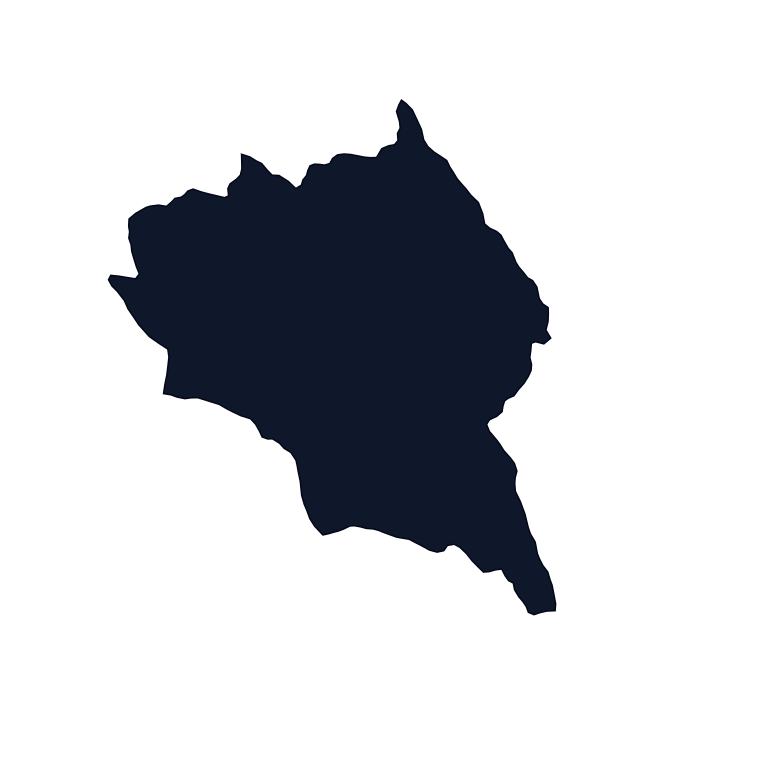 the district of Campos Novos Paulista, São Paulo, Brazil, rotated 324°
{"feature_id": "56859067B51677967668547", "entity_name": "Campos Novos Paulista", "entity_type": "district", "adm_level": 2, "iso_a3": "BRA", "parent_name": "Brazil", "parent_adm1": "São Paulo", "projection": "equal_earth", "projection_center": [-50.01, -22.637], "detail": "fine", "context": "isolated", "style": "filled", "palette": "ink", "viewbox_px": 768, "rotation_deg": 324, "n_neighbors": 0, "source": "geoboundaries", "source_scale": "gbopen_adm2", "svg_char_len": 3051}
<svg xmlns="http://www.w3.org/2000/svg" viewBox="0 0 768 768"><g transform="rotate(324 384 384)"><path d="M299.4,102.7L295.2,101.3L289.8,100.7L283.4,100.0L274.8,100.6L270.1,106.4L267.7,111.3L263.3,116.0L261.3,122.6L257.9,128.5L255.1,136.3L252.6,143.7L250.8,151.1L244.8,152.9L239.9,148.0L236.6,144.7L233.0,141.0L226.8,135.5L222.4,137.7L221.5,144.7L222.7,152.3L223.0,163.9L221.1,172.8L220.9,180.2L220.7,186.0L220.4,191.8L221.1,198.4L222.0,207.6L225.9,219.0L229.6,228.7L225.9,235.7L221.1,241.0L213.8,248.9L206.7,255.4L200.0,262.2L205.1,267.3L208.8,272.8L214.3,278.8L220.0,281.9L225.3,285.6L229.4,291.1L234.6,298.1L238.7,303.6L242.4,312.0L245.8,318.6L249.7,325.7L255.6,333.6L256.5,341.0L255.6,348.6L254.3,355.3L257.7,360.2L261.5,362.7L264.7,370.6L265.4,377.4L268.4,384.6L268.0,393.9L265.9,398.8L263.4,403.9L258.8,414.0L252.0,425.6L248.8,434.3L247.2,441.2L244.9,449.2L244.3,458.0L245.8,470.2L251.3,472.6L256.1,474.3L260.6,476.1L266.1,477.6L273.0,478.8L276.8,481.3L281.1,485.8L284.8,490.4L289.9,494.7L293.5,499.1L296.7,504.2L301.0,510.6L304.2,515.3L307.6,518.8L313.0,524.3L316.1,530.5L319.3,536.8L323.2,545.1L328.1,551.2L334.4,554.0L340.4,551.9L346.6,554.9L349.4,560.7L351.0,569.5L351.4,578.7L352.6,586.9L353.9,594.6L358.7,597.6L364.8,599.8L370.5,602.9L369.3,610.3L369.2,616.3L371.6,621.0L368.7,627.3L368.0,635.5L368.5,641.7L368.3,647.8L366.6,653.6L369.8,658.8L375.7,660.6L382.3,663.4L389.2,668.0L393.6,662.8L397.1,655.5L401.7,645.6L403.3,639.9L406.0,632.3L405.8,624.2L407.0,616.7L408.3,611.5L413.4,600.7L414.4,591.0L416.3,584.9L419.1,578.1L421.6,572.0L425.2,559.2L427.2,547.9L431.4,541.2L435.0,536.9L440.3,532.6L442.8,525.0L442.8,518.8L441.8,508.2L442.3,500.5L442.2,494.8L441.4,484.3L443.2,477.0L448.3,474.9L456.2,476.4L463.3,475.8L467.2,471.8L471.7,468.5L476.1,468.5L482.2,469.9L489.5,467.5L497.7,465.7L505.4,462.6L510.9,459.5L514.8,455.0L517.6,448.2L522.5,443.1L527.2,437.6L531.6,439.0L536.9,445.5L545.8,444.9L546.7,435.5L553.4,429.9L558.2,423.8L561.7,418.7L559.5,412.5L559.8,406.1L564.7,395.3L565.0,387.7L562.6,382.6L562.4,376.4L561.8,368.8L562.2,363.1L564.8,353.2L564.2,347.3L565.2,338.3L566.1,332.4L564.8,326.8L561.1,320.2L559.5,313.7L563.9,304.3L567.0,292.7L565.2,282.3L565.0,274.3L564.3,267.6L563.8,260.9L564.5,252.9L564.8,247.2L566.1,240.0L564.1,234.5L560.7,225.5L559.0,217.7L559.6,209.9L563.9,200.0L566.1,189.0L568.0,179.0L566.7,170.1L565.0,164.6L560.0,167.0L554.3,170.9L550.7,181.1L547.5,186.5L542.2,189.2L538.5,195.2L533.1,196.6L528.0,194.1L520.6,192.3L511.1,196.4L505.7,192.7L501.2,188.7L496.8,183.9L491.8,178.6L486.8,174.4L481.1,171.3L475.0,171.3L469.7,173.8L464.5,171.9L461.0,168.5L456.9,165.2L452.4,164.0L448.1,166.4L443.9,169.8L438.3,171.3L434.1,174.6L427.5,174.0L425.7,164.0L421.6,153.6L416.2,149.3L415.2,142.2L414.6,133.7L411.8,128.5L408.9,121.4L403.8,114.4L395.6,126.3L390.6,130.6L385.1,131.6L377.1,131.6L372.5,134.2L368.9,140.4L364.6,139.6L353.9,127.2L348.8,120.9L344.1,114.1L338.8,112.6L334.0,113.7L329.7,113.7L324.0,111.0L319.2,111.9L312.5,112.5L306.7,106.7L299.4,102.7Z" fill="#0f172a" stroke="#020617" stroke-width="1.5"/></g></svg>